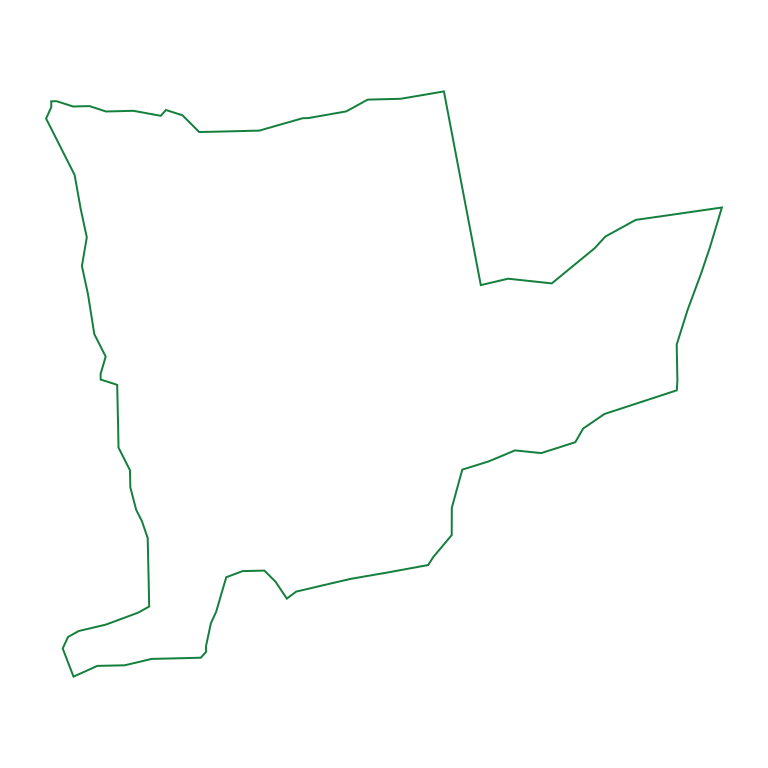 outline of Kesm Mallawi, Al Minya, Egypt
{"feature_id": "37247803B87955288089668", "entity_name": "Kesm Mallawi", "entity_type": "district", "adm_level": 2, "iso_a3": "EGY", "parent_name": "Egypt", "parent_adm1": "Al Minya", "projection": "robinson", "projection_center": [30.827, 27.729], "detail": "fine", "context": "isolated", "style": "outline", "palette": "green", "viewbox_px": 768, "rotation_deg": 0, "n_neighbors": 0, "source": "geoboundaries", "source_scale": "gbopen_adm2", "svg_char_len": 1389}
<svg xmlns="http://www.w3.org/2000/svg" viewBox="0 0 768 768"><path d="M721.9,207.5L635.7,219.9L605.4,236.5L594.7,248.2L573.2,265.8L551.8,283.4L508.0,278.7L480.8,285.1L443.9,91.4L400.5,98.8L367.8,99.6L367.0,100.0L366.2,100.4L357.0,105.5L346.2,111.4L308.1,118.1L302.7,118.2L280.9,124.4L259.3,130.6L242.9,131.0L215.6,131.7L199.2,132.0L182.5,115.3L166.0,110.0L160.7,115.8L133.3,110.8L106.0,111.5L89.5,106.1L73.1,106.5L56.6,101.2L51.2,101.3L51.3,107.1L46.1,118.6L51.8,129.8L63.2,152.4L74.6,174.9L80.7,209.0L86.8,237.4L81.9,266.0L88.0,294.3L94.3,334.1L105.7,356.6L100.6,373.9L100.7,379.6L115.3,384.2L116.2,384.6L117.2,384.9L117.8,413.4L118.1,424.8L118.5,447.6L129.9,470.1L130.1,475.8L130.3,487.2L136.2,509.9L141.9,521.1L147.7,538.1L148.2,560.9L148.6,578.0L149.2,606.5L138.4,612.5L122.1,618.6L105.9,624.6L78.7,631.0L68.0,637.0L62.7,648.5L73.5,676.6L97.3,665.9L124.6,665.3L151.7,658.9L173.5,658.4L189.9,658.0L200.8,657.7L206.1,651.9L206.0,646.2L210.9,623.2L216.2,611.7L221.2,594.4L226.3,577.2L227.3,576.9L228.2,576.5L242.6,571.1L264.4,570.6L275.5,581.7L286.8,598.6L296.2,591.6L323.4,585.2L350.5,578.9L388.6,572.3L428.2,565.0L433.3,557.0L451.7,535.1L451.8,507.8L462.3,469.6L488.6,461.4L507.6,453.5L514.9,450.4L541.2,453.1L575.3,442.2L583.2,428.5L604.4,414.0L676.8,390.3L677.4,380.7L676.7,344.6L687.7,309.6L701.2,273.2L709.8,247.7L721.9,207.5Z" fill="none" stroke="#15803d" stroke-width="2"/></svg>